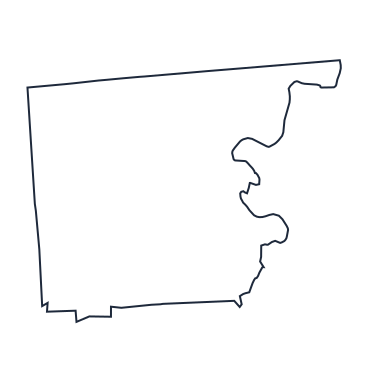 Shelby, Tennessee, United States of America (orthographic projection), rotated 175°
{"feature_id": "52423323B51053623406996", "entity_name": "Shelby", "entity_type": "district", "adm_level": 2, "iso_a3": "USA", "parent_name": "United States of America", "parent_adm1": "Tennessee", "projection": "orthographic", "projection_center": [-90.065, 35.201], "detail": "fine", "context": "isolated", "style": "outline", "palette": "slate", "viewbox_px": 384, "rotation_deg": 175, "n_neighbors": 0, "source": "geoboundaries", "source_scale": "gbopen_adm2", "svg_char_len": 1925}
<svg xmlns="http://www.w3.org/2000/svg" viewBox="0 0 384 384"><g transform="rotate(175 192 192)"><path d="M351.2,91.4L345.5,94.1L346.9,85.4L318.3,83.9L318.4,72.7L305.1,77.0L283.6,74.8L282.7,84.8L272.5,82.8L242.0,83.2L233.3,82.9L230.8,83.1L159.4,79.9L154.5,73.3L152.3,75.8L153.4,84.1L149.9,85.9L147.6,86.5L143.7,87.1L139.6,95.9L137.7,99.1L136.5,100.5L135.1,100.7L133.5,102.6L131.9,105.8L128.6,110.7L127.9,111.0L127.2,110.9L130.2,116.8L128.8,121.3L127.7,132.6L123.9,133.5L121.7,132.9L120.9,132.9L116.8,135.2L113.4,136.1L108.6,133.6L106.9,134.0L104.3,135.1L103.2,136.1L102.0,137.7L101.4,139.4L99.6,145.8L99.7,147.5L100.7,150.1L104.3,157.0L107.5,160.8L113.0,162.9L116.9,162.4L120.9,161.4L124.2,160.9L127.2,161.1L129.6,161.8L132.2,163.4L132.9,164.3L136.3,168.7L138.4,172.5L140.0,174.7L142.0,177.0L142.8,179.0L143.8,181.2L144.1,183.2L144.1,186.4L142.9,187.9L140.8,188.3L139.4,187.0L137.3,185.9L135.1,191.1L133.6,196.0L133.2,196.0L127.7,193.5L124.4,193.9L123.7,198.4L123.8,200.0L125.3,203.5L126.7,205.3L127.6,205.4L128.2,207.6L129.4,209.9L130.5,211.4L132.1,213.4L133.6,215.5L135.3,217.6L136.5,218.2L146.4,219.7L147.5,220.7L147.7,221.2L148.6,227.2L148.2,228.9L147.7,229.8L145.5,232.4L139.8,238.1L138.2,239.2L136.4,240.0L131.7,240.9L127.5,239.7L113.6,231.0L111.8,230.3L110.9,230.4L105.6,232.7L103.7,233.9L101.2,236.0L97.5,239.9L97.3,240.1L95.8,243.6L93.6,255.5L87.1,272.5L86.5,275.7L86.2,278.8L86.3,282.9L86.7,286.5L84.8,289.1L80.4,292.7L78.0,293.2L77.2,293.0L73.1,290.8L70.4,290.0L58.2,288.1L55.4,287.0L55.0,286.4L54.8,285.2L54.1,284.8L41.5,283.9L40.3,284.6L39.8,284.9L39.0,286.1L37.4,291.4L34.5,297.5L33.0,302.3L32.8,305.5L33.3,310.4L133.7,310.9L150.4,311.0L167.3,311.1L183.8,311.1L225.5,311.2L229.3,311.2L233.8,311.3L234.0,311.3L250.5,311.3L267.1,311.2L275.6,311.2L292.3,310.8L300.7,310.6L309.0,310.5L346.7,310.4L346.8,310.4L349.6,193.8L349.2,186.9L349.1,148.2L351.2,91.4Z" fill="none" stroke="#1e293b" stroke-width="2"/></g></svg>